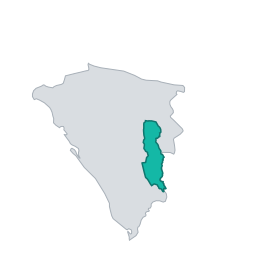 location of Jinotega within Nicaragua, rotated 141°
{"feature_id": "NIC-656", "entity_name": "Jinotega", "entity_type": "Department", "adm_level": 1, "iso_a3": "NIC", "parent_name": "Nicaragua", "parent_adm1": "", "projection": "equal_earth", "projection_center": [-85.491, 13.798], "detail": "fine", "context": "in_parent", "style": "filled", "palette": "teal", "viewbox_px": 256, "rotation_deg": 141, "n_neighbors": 0, "source": "natural_earth", "source_scale": "10m", "svg_char_len": 4701}
<svg xmlns="http://www.w3.org/2000/svg" viewBox="0 0 256 256"><g transform="rotate(141 128 128)"><path d="M197.5,39.9L196.6,41.4L195.7,42.4L193.7,47.4L193.1,47.8L192.9,44.2L191.7,43.7L190.4,45.0L189.6,46.9L190.8,49.3L191.9,49.3L193.1,50.0L196.6,66.9L195.9,70.0L193.8,74.6L191.8,78.7L189.8,81.2L187.3,91.8L185.1,109.2L186.8,124.8L186.0,139.2L186.7,142.7L186.9,146.9L185.2,147.7L184.3,147.5L183.3,144.9L183.4,142.6L184.4,139.9L184.8,136.3L184.3,134.4L183.4,138.5L181.6,140.4L180.5,141.1L179.4,143.2L180.6,147.1L182.1,150.0L182.6,152.1L182.1,154.6L181.7,163.0L181.2,162.8L180.6,161.6L179.0,161.6L178.9,165.0L179.0,166.9L177.6,168.3L177.2,169.8L178.3,170.8L179.5,171.5L181.0,171.3L182.3,175.5L182.6,178.9L179.8,182.1L178.8,184.7L177.2,187.8L176.3,190.9L176.0,193.2L177.1,200.2L179.1,205.2L180.8,208.4L183.0,209.1L182.5,212.5L180.8,214.6L177.8,216.4L174.4,216.7L169.0,215.0L166.7,214.8L165.9,213.9L165.6,212.3L164.0,209.8L161.1,206.5L159.5,206.7L156.8,206.0L152.3,203.8L150.2,203.5L147.2,205.4L143.8,207.9L135.4,204.0L129.6,201.2L124.3,198.7L122.9,197.8L121.7,198.0L120.7,199.3L119.6,201.6L119.2,202.3L118.6,202.9L117.9,203.1L117.9,202.0L115.3,197.4L111.2,191.9L95.5,174.9L89.8,164.8L86.7,157.5L83.8,153.7L75.3,146.0L73.4,142.9L65.0,132.5L58.6,126.5L58.5,123.9L61.2,120.7L62.5,120.8L63.9,123.1L66.1,125.7L67.2,125.8L68.8,124.6L68.8,123.3L77.4,122.8L78.9,122.2L80.5,120.2L81.3,117.6L81.4,115.0L81.8,113.2L83.1,111.4L85.7,110.9L87.6,110.7L88.2,109.5L87.6,105.6L86.6,96.1L86.3,93.5L86.7,91.5L87.5,90.8L91.3,90.3L98.5,91.1L99.9,90.5L102.8,85.2L105.4,81.2L107.4,79.5L108.9,78.9L110.6,82.4L116.7,87.5L117.7,87.1L118.3,86.9L118.5,86.1L118.4,83.8L119.9,81.7L123.0,79.8L126.2,76.5L129.4,71.7L132.1,68.9L134.5,68.1L135.4,66.8L134.8,65.0L135.0,62.5L135.9,59.3L137.3,57.4L139.0,56.9L139.7,55.9L139.4,54.3L139.7,52.6L141.3,49.9L145.1,47.5L147.3,48.3L149.2,51.5L151.8,53.7L155.1,54.8L157.7,54.4L159.5,52.4L161.2,51.8L162.6,52.6L163.4,52.1L163.5,50.4L164.2,50.1L165.7,51.0L167.0,51.2L168.1,50.8L168.5,49.9L168.7,49.1L169.6,48.5L172.5,49.1L175.7,48.1L179.2,45.6L181.6,44.5L182.8,44.7L184.2,43.5L185.8,40.6L189.5,39.3L197.5,39.9Z" fill="#d9dde1" stroke="#a8b0b8" stroke-width="1"/><path d="M138.2,58.5L138.9,58.1L140.0,56.6L140.1,56.1L140.3,56.1L140.5,56.2L140.7,56.3L140.8,56.5L140.9,56.9L140.9,57.2L140.7,57.8L140.7,58.0L140.7,58.3L140.7,58.5L140.6,58.9L140.6,59.1L140.6,59.5L140.6,59.9L140.6,60.0L141.1,60.5L141.5,60.8L141.7,61.0L141.8,61.3L141.8,61.6L141.8,62.0L141.4,62.8L141.4,63.0L141.4,63.9L141.4,64.1L141.2,64.7L141.1,65.0L141.1,65.3L141.2,65.6L141.8,66.5L142.3,67.2L142.7,67.9L142.9,68.0L143.1,68.1L145.9,68.3L145.9,68.9L145.9,69.9L145.2,74.6L145.1,76.5L145.4,78.1L145.4,78.5L145.1,79.3L143.2,83.5L139.3,91.7L139.1,91.9L139.0,92.0L136.1,90.2L135.9,90.2L132.2,93.3L129.6,93.8L129.5,94.0L129.3,94.4L129.1,95.4L128.8,95.9L128.6,96.2L128.3,96.5L128.2,96.7L128.3,97.1L128.5,97.8L128.7,98.3L128.9,98.8L128.9,99.2L128.6,100.5L128.6,101.3L128.6,101.5L128.6,101.8L128.4,102.2L128.1,102.5L126.4,104.0L125.5,105.1L125.3,105.6L125.3,107.1L123.6,108.6L123.0,108.9L122.3,108.9L121.6,109.5L121.2,110.1L120.7,111.1L120.2,112.3L117.9,115.7L116.8,117.1L116.4,117.3L115.0,118.9L113.3,121.1L112.6,121.7L112.3,121.9L111.9,122.0L110.8,121.9L110.4,122.0L110.2,122.1L109.8,122.7L108.8,121.7L108.3,121.0L107.9,120.7L107.6,120.5L107.2,120.5L106.5,119.7L105.2,118.7L102.8,115.6L102.6,115.2L102.4,114.6L102.8,113.8L102.9,113.1L102.8,112.6L103.3,110.9L103.0,109.1L103.0,108.2L103.1,107.5L103.3,106.9L103.5,106.3L104.6,104.7L105.1,104.1L105.6,104.0L106.1,104.0L106.5,104.2L106.7,103.7L107.9,102.5L108.2,102.0L108.5,101.5L108.9,101.4L109.2,101.9L109.5,101.7L111.1,101.5L111.7,101.6L112.0,101.8L112.3,102.1L112.5,102.3L113.0,102.3L113.2,102.1L113.7,101.1L114.4,100.4L114.9,100.1L115.3,99.5L115.2,97.1L115.3,96.0L115.6,95.1L116.5,93.1L116.6,92.6L116.7,92.0L116.8,90.0L117.0,89.4L117.3,88.9L118.0,88.3L118.1,88.2L118.3,88.0L118.6,87.3L118.6,86.7L118.4,86.2L118.0,86.0L117.9,85.6L118.0,84.8L118.3,83.6L118.3,82.7L118.5,82.5L118.8,82.6L119.4,82.6L119.7,82.4L120.4,81.7L120.6,81.8L120.8,81.8L120.8,81.6L121.0,81.5L120.9,81.0L122.0,80.6L122.3,80.2L122.6,79.6L123.3,79.3L123.5,79.3L124.1,79.2L124.6,78.9L124.9,78.3L125.0,77.7L125.2,77.1L126.3,76.7L126.8,76.3L127.6,75.5L127.9,74.9L128.3,74.1L128.5,73.3L128.8,72.3L129.1,71.6L129.4,71.0L129.7,70.7L129.8,70.6L130.2,70.7L130.3,70.7L130.5,70.2L130.7,69.9L130.8,69.6L131.0,69.4L131.3,69.3L132.0,68.8L132.3,68.7L133.5,68.7L134.3,68.5L135.0,68.2L135.7,67.7L136.0,67.0L136.0,66.1L135.6,65.2L135.0,64.6L134.5,64.2L135.4,63.3L135.4,63.0L135.3,62.4L135.4,62.2L136.1,61.2L136.2,60.9L136.3,58.8L136.4,57.7L136.6,57.1L137.2,57.3L137.7,58.0L138.2,58.5Z" fill="#14b8a6" stroke="#0f766e" stroke-width="1.5"/></g></svg>